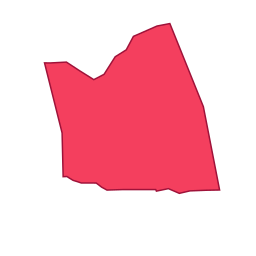 Roblot, Choiseul, Saint Lucia, rotated 249°
{"feature_id": "8701671B17506768267168", "entity_name": "Roblot", "entity_type": "district", "adm_level": 2, "iso_a3": "LCA", "parent_name": "Saint Lucia", "parent_adm1": "Choiseul", "projection": "mercator", "projection_center": [-61.023, 13.804], "detail": "fine", "context": "isolated", "style": "filled", "palette": "rose", "viewbox_px": 256, "rotation_deg": 249, "n_neighbors": 0, "source": "geoboundaries", "source_scale": "gbopen_adm2", "svg_char_len": 567}
<svg xmlns="http://www.w3.org/2000/svg" viewBox="0 0 256 256"><g transform="rotate(249 128 128)"><path d="M218.7,73.4L147.0,64.7L105.8,50.0L104.6,53.6L101.6,55.8L98.8,58.0L95.4,62.3L93.4,64.7L89.4,75.1L88.0,78.6L87.4,79.0L82.2,82.2L80.1,84.0L77.6,86.1L72.2,101.6L60.6,131.8L59.5,131.9L58.9,131.9L56.9,144.0L48.6,152.5L47.1,163.3L41.8,178.9L37.3,191.3L37.9,191.4L120.9,206.0L210.5,204.5L212.8,191.6L211.6,165.9L201.6,154.4L199.1,141.6L186.7,124.9L185.4,113.4L199.1,103.1L211.6,94.1L216.6,78.7L218.7,73.4Z" fill="#f43f5e" stroke="#9f1239" stroke-width="1.5"/></g></svg>